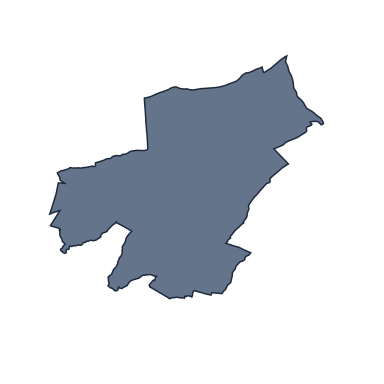 outline of San José Teacalco, Tlaxcala, Mexico, rotated 254°
{"feature_id": "50627088B31209482896746", "entity_name": "San José Teacalco", "entity_type": "district", "adm_level": 2, "iso_a3": "MEX", "parent_name": "Mexico", "parent_adm1": "Tlaxcala", "projection": "equal_earth", "projection_center": [-98.053, 19.323], "detail": "fine", "context": "isolated", "style": "filled", "palette": "slate", "viewbox_px": 384, "rotation_deg": 254, "n_neighbors": 0, "source": "geoboundaries", "source_scale": "gbopen_adm2", "svg_char_len": 5980}
<svg xmlns="http://www.w3.org/2000/svg" viewBox="0 0 384 384"><g transform="rotate(254 192 192)"><path d="M86.1,192.9L87.7,194.7L89.1,197.4L92.5,200.4L93.5,202.4L93.9,203.6L94.6,204.5L99.0,206.8L100.4,207.7L102.0,208.2L102.6,208.1L104.7,210.2L105.5,211.6L106.4,212.5L108.3,213.6L108.8,214.2L110.7,217.4L111.4,218.4L111.6,219.2L111.5,221.0L111.7,221.7L111.9,222.3L112.1,223.4L112.4,224.0L113.1,224.4L114.0,224.7L115.1,226.0L115.4,226.8L115.6,229.0L116.0,229.9L117.4,231.7L123.0,224.9L124.1,223.9L126.3,221.4L127.1,219.8L133.3,210.4L133.6,211.0L133.9,211.4L134.3,212.0L134.8,212.4L135.0,212.8L135.8,213.2L136.5,214.4L136.8,215.7L137.3,216.4L138.4,216.4L139.4,217.5L140.6,219.4L143.1,222.8L144.2,224.9L145.4,227.6L147.7,231.8L147.7,232.8L148.3,233.2L149.1,233.0L150.4,234.7L151.2,236.0L152.1,236.9L152.5,237.3L152.8,237.7L154.9,238.8L155.4,238.7L155.9,238.9L156.8,239.6L158.9,241.2L160.2,242.0L160.9,242.2L161.8,242.1L163.3,242.8L164.3,243.6L166.2,245.6L170.0,250.6L170.6,251.9L172.6,255.2L174.5,257.8L179.7,266.2L179.7,268.8L180.1,269.7L181.0,270.2L182.9,270.2L184.2,272.1L185.9,275.7L188.5,281.6L190.0,284.6L190.9,287.3L192.4,292.4L210.8,282.6L212.2,292.8L213.6,295.2L214.0,297.0L214.6,300.2L215.0,305.2L215.4,308.3L217.5,315.2L217.9,317.3L218.6,318.6L219.3,319.1L222.1,319.7L222.6,320.1L222.8,320.4L223.1,323.7L223.3,324.9L223.8,325.8L224.2,325.9L226.4,324.6L226.7,324.7L226.7,325.8L226.5,327.4L226.1,329.4L225.4,331.4L224.6,332.7L222.2,334.1L221.1,334.6L221.0,335.6L221.2,336.4L221.4,337.0L221.7,337.3L222.1,337.4L223.8,337.1L226.3,336.5L227.7,336.0L230.6,333.4L234.9,330.7L236.5,329.5L240.9,325.2L247.2,323.7L248.9,323.0L251.1,321.9L254.3,319.8L254.8,319.6L255.8,319.5L256.6,319.5L258.5,319.8L259.2,319.8L260.1,319.6L263.4,318.6L264.2,318.5L264.8,318.6L268.8,319.4L271.2,319.6L276.1,319.5L277.7,319.3L280.9,318.5L283.4,318.5L285.7,318.7L291.0,317.9L291.5,317.9L292.1,318.1L296.7,320.6L296.2,318.2L294.7,314.0L289.1,301.7L287.1,294.7L287.3,293.7L292.9,293.7L292.3,291.2L292.4,289.7L292.3,287.6L292.1,286.6L292.1,285.9L291.6,284.6L291.6,284.3L291.6,283.8L291.4,283.2L291.2,280.4L291.1,279.8L291.1,278.8L291.5,277.6L291.5,277.0L291.5,276.4L291.3,275.7L291.1,274.7L290.3,272.5L289.3,270.8L287.6,268.3L286.3,265.2L286.1,263.5L285.6,256.1L285.2,254.4L285.3,252.6L285.2,251.3L285.3,249.2L285.4,247.2L285.9,243.4L287.0,237.8L288.6,230.4L288.9,228.5L289.8,221.3L290.8,218.4L291.5,217.1L292.5,215.8L292.7,214.5L293.3,212.5L294.0,210.6L294.6,209.5L295.2,208.2L296.5,207.0L297.1,206.1L297.8,204.1L297.9,202.8L297.7,200.3L297.0,197.9L296.5,192.6L296.4,189.0L296.1,185.6L295.1,178.4L295.2,173.7L295.5,172.2L293.9,171.7L284.4,169.7L282.6,169.4L276.1,167.9L275.6,167.9L272.2,166.9L269.6,166.5L257.3,164.1L246.3,161.6L245.4,161.1L245.0,160.5L244.8,159.9L245.0,157.5L246.4,153.0L246.8,151.9L247.3,150.3L248.0,145.4L247.9,143.8L247.6,142.4L247.0,140.8L247.0,139.9L246.8,139.4L246.8,137.7L247.2,136.0L247.2,135.1L246.7,133.8L246.5,132.7L246.7,132.4L247.7,130.1L248.0,128.2L248.1,125.9L247.5,124.5L246.7,123.4L247.4,118.9L246.9,116.2L246.7,112.8L246.6,109.6L246.7,107.6L246.4,107.1L243.8,106.5L243.5,106.0L243.3,105.3L243.5,104.6L244.4,103.5L244.5,101.8L244.7,97.9L245.3,94.7L245.5,92.6L245.8,91.0L246.6,89.5L246.9,87.3L247.6,85.5L247.8,84.1L248.1,83.3L248.8,82.4L249.0,81.2L248.4,79.7L248.1,74.9L248.5,72.1L248.1,70.5L247.6,67.9L246.3,67.9L242.8,68.8L239.6,68.6L239.2,68.8L238.9,69.2L238.5,69.4L237.0,70.6L236.3,71.4L235.4,72.0L237.6,66.0L227.5,60.8L213.8,51.8L210.0,49.1L210.1,50.9L210.5,53.4L210.4,56.4L210.6,60.0L198.6,46.6L197.0,49.0L194.4,53.2L193.0,54.6L192.3,55.1L192.1,55.1L191.8,53.9L189.9,54.0L188.9,53.7L187.8,53.3L185.5,53.1L182.6,53.9L182.0,54.0L181.2,53.8L180.2,53.8L178.7,54.5L177.5,55.5L176.9,55.5L176.4,55.0L176.0,54.0L175.6,53.3L174.1,52.1L173.7,51.0L173.4,50.3L172.7,49.8L172.2,49.6L171.7,49.8L171.1,50.5L170.3,50.7L168.7,52.1L168.1,52.8L168.4,54.4L169.0,54.7L169.4,54.5L170.1,54.7L171.0,55.3L171.2,55.6L171.2,56.4L171.1,56.9L170.8,57.5L170.9,57.8L173.4,59.2L173.6,59.4L173.6,60.1L173.0,60.8L172.8,61.6L172.8,62.3L173.0,62.7L172.9,63.7L172.3,65.4L172.4,66.8L172.4,68.0L172.1,68.7L171.6,69.7L171.5,70.6L171.7,71.8L172.7,72.9L173.3,74.5L173.0,75.6L173.6,77.5L173.3,79.2L173.5,79.9L173.5,81.0L173.3,82.1L172.9,82.6L172.4,83.6L172.2,86.3L172.3,87.0L172.8,87.9L172.9,88.5L173.6,90.9L173.9,91.7L174.3,92.1L174.9,92.1L175.4,92.2L176.1,93.0L176.5,94.0L177.0,94.5L177.3,95.0L177.2,95.9L177.2,97.5L177.6,99.5L178.4,100.2L179.1,101.2L180.2,103.3L180.9,104.3L182.2,106.9L182.7,108.4L182.8,109.0L183.3,110.0L184.1,110.9L183.1,111.2L177.1,117.4L171.7,122.6L170.8,123.2L169.6,120.8L166.5,116.6L165.4,115.8L161.6,113.4L159.4,110.7L158.2,109.7L157.1,109.7L154.9,108.6L153.3,108.5L150.5,106.7L148.8,104.2L145.1,101.4L143.8,100.9L140.8,98.3L139.4,95.5L135.1,92.0L133.6,88.1L128.7,87.0L127.2,87.3L124.9,85.4L122.7,87.0L122.0,87.6L122.1,87.9L120.2,89.7L119.6,90.0L119.2,90.0L118.8,90.2L118.4,90.6L118.1,91.1L118.1,91.4L117.9,91.9L117.8,92.5L118.1,93.3L118.8,94.1L120.1,94.9L120.8,95.5L120.1,95.7L119.6,95.9L119.0,97.2L118.5,97.8L118.5,98.1L118.9,98.9L119.3,100.4L119.5,101.8L120.0,104.1L120.8,104.7L122.3,106.5L123.5,108.5L123.8,111.1L123.8,116.9L124.2,118.3L125.0,120.0L125.1,120.7L125.4,121.8L125.4,122.8L125.1,123.5L124.9,125.3L124.7,125.8L124.7,126.4L124.4,127.6L124.3,128.8L123.8,129.7L123.3,130.3L122.8,131.3L122.5,131.4L121.6,132.6L120.7,134.8L119.5,133.0L118.6,132.7L117.3,131.6L117.8,131.2L118.0,130.7L117.6,130.0L117.2,129.4L115.5,126.7L114.7,125.8L114.0,125.1L113.1,125.4L112.3,125.9L112.1,125.6L96.6,140.4L96.4,140.4L95.8,140.7L95.6,140.9L95.6,141.2L95.9,141.6L95.6,141.9L95.7,142.6L95.9,143.2L95.8,144.2L95.4,145.2L95.3,146.4L95.1,147.7L94.7,149.6L94.1,150.3L93.5,151.6L92.5,154.7L92.0,155.4L92.7,155.8L93.7,156.2L93.6,156.8L93.2,157.3L93.1,158.0L93.5,158.3L93.3,159.5L93.1,160.1L92.2,161.7L91.1,162.9L92.4,163.9L93.7,164.3L95.5,165.4L96.6,166.7L96.0,167.9L89.4,178.6L87.7,181.9L88.4,182.4L89.7,183.5L86.8,190.9L86.1,192.9Z" fill="#64748b" stroke="#1e293b" stroke-width="1.5"/></g></svg>